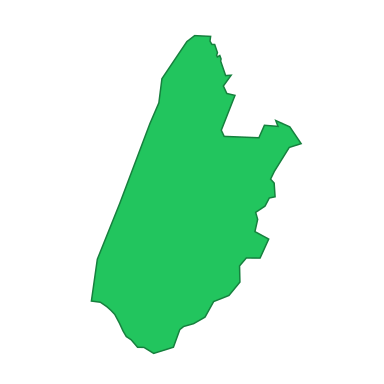 the district of Mansoura, Cyprus, rotated 172°
{"feature_id": "46923920B83327949729976", "entity_name": "Mansoura", "entity_type": "district", "adm_level": 2, "iso_a3": "CYP", "parent_name": "Cyprus", "parent_adm1": "", "projection": "albers", "projection_center": [32.619, 35.182], "detail": "fine", "context": "isolated", "style": "filled", "palette": "green", "viewbox_px": 384, "rotation_deg": 172, "n_neighbors": 0, "source": "geoboundaries", "source_scale": "gbopen_adm2", "svg_char_len": 925}
<svg xmlns="http://www.w3.org/2000/svg" viewBox="0 0 384 384"><g transform="rotate(172 192 192)"><path d="M306.8,98.0L298.1,95.6L292.3,90.3L288.9,86.3L285.5,81.5L282.1,72.2L279.6,63.9L277.2,58.0L272.8,54.1L267.5,45.8L261.2,44.8L252.4,37.5L232.0,40.9L223.2,57.5L218.9,60.0L208.7,61.4L196.5,66.3L185.8,80.5L169.8,84.4L157.1,96.1L155.2,112.2L147.4,119.1L133.8,117.1L122.6,134.7L135.2,144.0L130.8,155.7L131.8,163.0L121.6,167.9L116.3,175.3L110.4,175.7L109.4,189.4L112.4,193.8L107.5,201.1L89.5,222.6L77.2,224.7L86.1,242.9L99.1,251.1L97.7,245.0L111.0,248.0L118.2,236.4L152.4,242.6L154.4,249.1L136.0,281.7L143.8,284.7L146.2,292.6L137.0,302.2L142.5,302.6L145.4,317.7L144.7,319.7L145.5,323.3L148.1,322.2L148.6,324.0L147.4,326.4L149.0,334.9L151.8,335.4L153.2,338.9L151.9,343.5L167.6,346.5L176.1,341.7L206.0,308.4L212.4,284.9L224.1,265.7L265.2,190.6L295.1,138.6L306.8,98.0Z" fill="#22c55e" stroke="#15803d" stroke-width="1.5"/></g></svg>